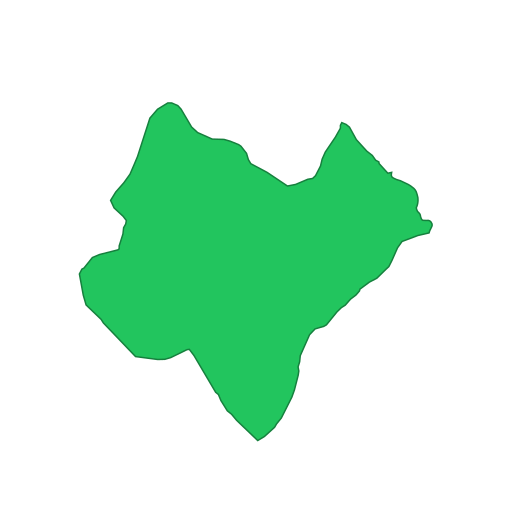 Sololá, Sololá, Guatemala, rotated 250°
{"feature_id": "79465075B95687067740249", "entity_name": "Sololá", "entity_type": "district", "adm_level": 2, "iso_a3": "GTM", "parent_name": "Guatemala", "parent_adm1": "Sololá", "projection": "orthographic", "projection_center": [-91.179, 14.817], "detail": "fine", "context": "isolated", "style": "filled", "palette": "green", "viewbox_px": 512, "rotation_deg": 250, "n_neighbors": 0, "source": "geoboundaries", "source_scale": "gbopen_adm2", "svg_char_len": 1946}
<svg xmlns="http://www.w3.org/2000/svg" viewBox="0 0 512 512"><g transform="rotate(250 256 256)"><path d="M268.1,79.6L249.4,88.8L245.3,89.7L202.7,108.4L192.4,128.2L190.1,135.0L189.7,141.1L191.6,159.1L191.1,161.4L183.6,163.7L141.7,171.5L138.7,173.3L132.1,173.6L120.3,176.1L115.7,178.9L108.2,181.6L82.0,194.5L83.5,202.2L88.7,214.9L91.2,217.9L95.1,224.4L111.1,241.4L117.0,246.3L129.6,254.9L133.3,256.9L137.4,257.6L141.6,260.8L147.2,263.5L163.7,279.4L167.3,286.6L166.7,295.7L167.2,298.6L175.8,313.0L178.3,318.6L179.3,323.1L183.1,330.0L185.2,336.7L187.8,341.3L189.3,342.3L192.7,353.7L193.8,362.0L199.0,373.4L200.6,377.2L205.3,382.2L215.3,391.8L219.7,398.2L219.9,415.1L218.5,426.5L220.3,427.9L223.3,431.0L224.2,431.8L225.8,432.4L228.1,432.1L229.6,431.3L230.4,430.3L231.3,427.8L232.5,424.9L233.4,424.3L234.7,424.1L236.5,424.1L237.7,424.3L239.2,424.4L240.8,423.9L242.7,423.0L245.0,422.9L246.5,423.1L247.8,424.3L248.7,425.0L249.9,425.8L251.4,426.6L252.7,427.2L254.2,427.7L255.6,428.1L258.3,428.4L260.1,428.5L261.9,428.5L263.9,428.1L265.6,427.4L268.8,425.4L270.1,424.4L271.2,423.5L277.3,417.5L279.8,414.2L282.2,411.8L283.7,410.8L285.3,410.7L286.6,411.2L288.2,412.1L288.7,408.2L300.7,403.3L302.4,403.6L305.1,401.2L310.7,399.7L316.6,396.0L331.0,390.1L345.1,387.9L348.8,385.7L352.0,382.2L349.9,380.0L347.2,379.0L340.5,371.2L330.0,356.7L324.4,351.3L318.5,347.4L311.1,339.4L309.5,335.7L310.4,330.9L309.7,317.7L311.0,309.5L330.7,295.1L344.5,282.7L349.2,281.8L355.7,282.2L364.3,279.4L366.6,277.8L372.8,270.9L376.5,265.8L380.8,254.9L389.8,245.6L391.9,243.4L399.2,239.6L419.7,235.8L424.0,234.0L428.6,229.2L430.0,225.5L427.6,213.7L421.9,203.5L390.0,178.7L383.4,172.6L376.0,165.6L370.1,157.0L364.1,146.1L358.0,138.4L349.7,139.1L338.8,144.7L333.7,146.3L330.6,144.5L327.9,141.3L322.2,138.5L312.3,130.9L309.6,129.9L309.0,128.3L310.9,109.6L310.5,101.7L303.5,90.2L303.2,87.9L299.5,83.9L278.3,80.3L268.1,79.6Z" fill="#22c55e" stroke="#15803d" stroke-width="1.5"/></g></svg>